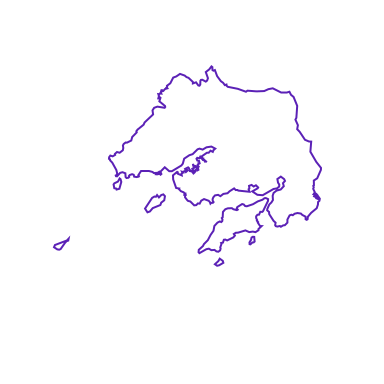 Kota Tanjung Pinang, Kepulauan Riau, Indonesia (orthographic projection), rotated 318°
{"feature_id": "22746128B73074683492420", "entity_name": "Kota Tanjung Pinang", "entity_type": "district", "adm_level": 2, "iso_a3": "IDN", "parent_name": "Indonesia", "parent_adm1": "Kepulauan Riau", "projection": "orthographic", "projection_center": [104.462, 0.915], "detail": "fine", "context": "isolated", "style": "outline", "palette": "violet", "viewbox_px": 384, "rotation_deg": 318, "n_neighbors": 0, "source": "geoboundaries", "source_scale": "gbopen_adm2", "svg_char_len": 6129}
<svg xmlns="http://www.w3.org/2000/svg" viewBox="0 0 384 384"><g transform="rotate(318 192 192)"><path d="M229.5,110.0L229.0,110.9L228.0,111.1L223.4,105.4L220.2,104.1L217.3,104.9L215.0,108.3L203.3,108.6L201.1,109.6L193.3,109.2L191.3,109.6L190.8,110.7L184.4,111.1L181.3,113.1L176.7,111.8L175.8,110.8L173.4,110.6L171.8,111.2L170.4,113.3L168.5,114.7L164.5,114.4L163.0,112.1L160.2,112.1L159.7,113.0L156.9,112.4L155.7,110.3L153.7,110.7L152.5,111.8L152.9,112.9L152.3,113.7L152.4,116.8L150.5,125.0L148.8,128.2L147.3,129.0L146.4,128.7L146.1,129.4L146.8,130.2L151.4,129.7L153.6,130.8L155.0,133.5L152.7,136.4L152.7,137.8L154.2,138.8L155.4,138.8L155.8,137.9L157.1,137.7L159.4,138.7L160.2,140.2L159.3,141.9L160.9,143.9L162.7,144.9L163.2,144.8L163.3,143.6L168.2,142.3L174.0,147.5L176.1,150.7L176.3,152.3L178.6,154.2L177.1,154.7L177.8,155.5L179.0,156.2L179.8,154.8L181.1,155.0L180.7,156.3L181.2,156.8L180.1,157.2L180.2,158.1L181.3,158.1L181.8,155.8L188.3,155.4L189.0,161.3L191.0,163.1L201.8,165.2L204.1,164.8L208.5,162.0L214.7,162.9L217.8,164.3L224.7,164.0L226.6,164.8L228.3,167.6L232.7,168.5L236.8,171.2L238.3,175.3L235.9,175.3L234.3,176.1L233.4,173.7L230.7,174.0L229.3,172.8L223.0,172.0L222.4,174.6L222.9,178.9L222.8,179.7L222.6,177.9L222.0,177.8L222.4,176.5L221.7,175.7L222.2,175.2L221.6,175.1L221.6,174.2L222.1,174.2L221.7,173.3L222.2,173.0L221.9,172.3L220.8,172.1L221.1,171.5L220.0,171.9L218.8,170.1L217.6,170.3L217.0,172.2L218.0,173.6L216.9,175.7L216.1,175.2L216.0,176.3L216.0,175.8L214.1,175.7L213.6,176.3L213.9,177.6L212.5,178.1L212.0,175.1L210.8,173.2L211.5,171.7L210.4,173.4L211.6,175.5L206.8,174.8L211.6,175.9L212.2,178.7L211.6,179.8L210.7,179.6L211.2,178.1L209.0,178.1L208.7,178.9L208.0,179.0L208.2,177.9L207.3,177.5L206.7,177.5L206.6,177.9L207.2,177.7L206.6,179.2L205.5,179.2L205.7,176.8L206.9,176.9L207.0,176.3L205.2,176.0L205.2,174.8L204.1,175.7L205.7,172.2L205.6,171.1L202.3,170.2L202.1,171.0L203.3,171.6L203.0,173.1L200.7,173.1L200.6,171.6L199.2,171.1L198.8,171.6L198.1,170.3L197.7,171.5L196.4,171.4L195.5,172.8L193.7,169.0L193.7,168.0L194.6,167.8L194.4,167.1L189.0,166.9L186.4,170.1L182.9,178.4L184.7,180.7L184.2,180.8L184.3,184.0L185.6,186.7L185.6,187.9L184.8,188.6L186.0,188.9L185.3,190.1L184.6,189.9L183.3,191.3L183.0,194.8L183.1,196.0L184.4,197.9L184.7,203.4L186.4,204.6L188.7,204.4L189.9,205.8L193.0,204.6L196.2,205.3L198.5,209.6L198.6,211.3L197.9,213.0L198.9,212.9L200.3,214.0L201.3,213.9L201.5,212.5L202.5,211.1L204.3,210.2L206.8,209.9L209.5,211.6L210.3,214.1L214.0,214.4L217.6,216.7L220.4,216.6L225.7,217.5L225.8,219.8L227.2,221.0L227.3,221.9L234.9,230.3L235.9,227.8L237.0,227.8L238.5,225.6L241.0,226.6L241.5,229.2L244.0,229.8L244.2,232.9L243.3,233.2L237.2,231.9L238.7,237.8L242.4,241.7L254.6,244.3L257.6,246.2L260.4,246.3L261.8,244.9L262.2,242.6L264.1,239.5L268.3,240.0L269.1,244.1L268.5,246.0L265.5,246.3L264.1,249.1L259.6,249.5L255.7,247.5L252.0,247.3L249.4,248.8L246.8,252.1L244.0,252.9L241.1,253.0L236.6,255.0L235.6,255.9L235.9,258.4L234.6,260.1L233.3,268.1L233.6,270.7L231.6,272.3L231.4,273.4L232.3,274.8L234.6,276.1L234.8,277.3L237.4,277.8L238.8,278.8L242.4,278.6L244.5,276.3L248.9,274.7L250.7,275.4L251.4,276.7L253.7,276.8L256.3,278.2L258.5,280.9L258.6,282.8L259.9,286.3L258.2,288.3L258.6,289.4L259.6,289.6L261.6,287.9L266.6,287.2L273.8,287.5L277.2,285.6L279.0,283.8L280.8,283.8L282.5,282.5L282.7,280.9L281.9,281.7L281.0,281.6L280.1,279.7L280.5,279.2L282.1,279.7L282.5,278.5L280.6,278.8L279.8,276.8L280.7,276.4L283.1,277.3L283.1,276.4L281.2,274.9L283.1,274.4L284.2,270.7L285.6,270.0L286.2,268.6L287.1,268.6L290.2,265.0L294.2,265.6L302.6,261.8L304.0,260.4L304.5,252.8L306.9,241.3L314.3,234.3L312.7,232.7L310.9,228.8L312.3,219.3L312.2,215.7L315.4,213.2L317.3,207.4L319.2,206.7L327.8,198.4L331.1,189.3L330.6,186.0L331.5,182.7L329.0,181.5L324.8,177.7L321.4,169.0L317.6,166.7L313.2,165.3L307.3,160.4L301.0,153.8L299.2,153.6L295.1,146.0L289.0,137.8L288.8,136.3L289.5,135.2L287.9,134.5L288.2,131.7L287.6,129.0L288.2,122.7L290.6,116.7L289.1,116.2L288.8,115.1L290.7,112.8L290.5,111.7L286.9,112.4L282.5,112.1L280.0,118.1L277.8,119.3L276.1,119.2L274.8,115.5L273.7,114.7L272.6,115.0L270.0,117.7L268.7,118.0L268.0,117.1L268.4,113.2L265.3,111.9L266.3,110.8L265.8,104.8L264.8,102.9L264.5,100.6L262.1,96.2L257.6,95.6L254.6,94.4L248.6,96.7L244.5,96.3L243.9,97.3L242.8,97.3L242.9,98.4L240.9,97.4L238.2,97.7L237.4,97.2L237.9,96.4L237.4,95.9L235.9,96.8L235.1,98.3L234.5,97.3L233.3,97.6L232.5,96.7L231.6,98.6L229.6,99.9L230.1,100.4L231.5,100.2L231.6,100.9L228.4,102.8L229.5,110.0ZM210.8,230.7L207.7,228.1L205.2,227.1L201.7,227.5L197.9,231.3L196.7,231.3L196.2,232.9L194.9,233.9L193.6,233.9L193.0,232.5L190.5,231.8L185.9,232.2L182.0,235.2L177.2,236.3L171.5,238.4L166.0,238.7L164.0,239.5L158.4,239.5L156.6,241.1L156.6,242.4L164.4,244.1L166.6,245.4L167.5,248.2L170.0,250.1L170.4,252.5L171.6,254.0L173.8,254.2L175.4,253.2L175.9,252.1L179.2,250.3L179.5,249.4L181.2,250.3L183.7,248.8L184.9,249.6L185.7,251.5L192.3,253.4L194.7,253.1L195.0,251.2L197.3,251.6L199.0,253.0L206.0,256.3L207.7,260.1L210.7,262.1L212.3,264.3L215.8,264.9L216.6,264.0L220.9,263.9L219.8,262.8L220.4,258.8L221.0,258.6L221.0,256.7L221.6,256.5L222.3,254.2L223.4,253.0L225.4,252.7L226.7,253.7L229.5,252.4L230.9,253.8L231.9,253.8L242.5,249.5L243.8,248.2L242.8,245.9L241.7,245.1L239.2,244.9L234.6,243.0L229.2,241.9L223.2,239.3L222.1,238.0L222.1,235.9L221.2,234.5L215.6,233.5L214.3,234.1L214.2,235.7L213.2,235.5L211.2,232.5L210.8,230.7ZM161.0,170.2L158.4,169.7L146.0,172.9L145.3,177.3L147.7,178.3L152.0,177.7L159.8,180.5L162.0,179.3L165.8,179.6L169.1,177.0L169.1,174.6L167.2,173.7L163.8,173.9L164.0,170.9L162.0,171.4L161.0,170.2ZM66.6,144.3L54.7,139.7L52.5,140.7L53.5,144.5L54.7,146.0L56.2,146.5L63.6,144.8L65.8,144.6L67.5,145.3L69.1,144.1L66.6,144.3ZM147.5,134.6L147.3,133.5L144.0,134.7L140.1,133.6L138.8,133.9L136.8,137.2L138.0,138.8L137.6,139.7L140.2,141.0L146.2,137.2L147.5,134.6ZM168.8,263.8L168.0,260.1L165.3,261.0L160.7,261.0L161.3,263.6L163.1,264.6L167.9,265.6L168.8,263.8ZM205.4,270.7L208.2,267.0L207.3,266.0L205.8,265.7L203.8,267.1L201.0,267.9L199.9,269.3L200.4,270.0L203.1,269.9L204.1,270.7L205.4,270.7Z" fill="none" stroke="#5b21b6" stroke-width="2"/></g></svg>